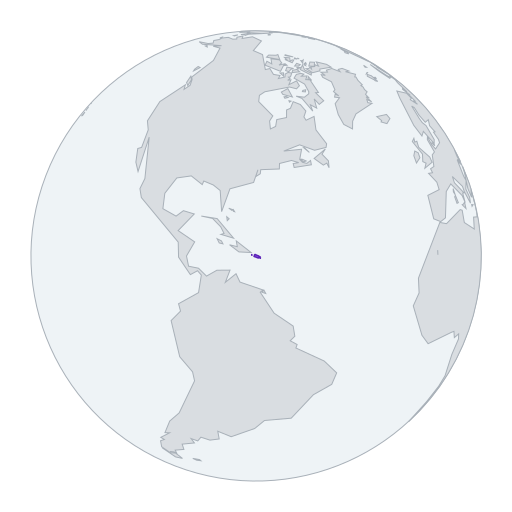 globe centered on Puerto Rico, rotated 21°
{"feature_id": "PRI", "entity_name": "Puerto Rico", "entity_type": "country or territory", "adm_level": 0, "iso_a3": "PRI", "parent_name": "North America", "parent_adm1": "", "projection": "orthographic", "projection_center": [-66.749, 18.235], "detail": "fine", "context": "on_globe", "style": "filled", "palette": "violet", "viewbox_px": 512, "rotation_deg": 21, "n_neighbors": 0, "source": "natural_earth", "source_scale": "50m", "svg_char_len": 9763}
<svg xmlns="http://www.w3.org/2000/svg" viewBox="0 0 512 512"><g transform="rotate(21 256 256)"><circle cx="256" cy="256" r="225" fill="#eef3f6" stroke="#a8b0b8"/><path d="M211.8,293.4L206.7,290.7L201.4,296.9L184.1,284.8L178.4,270.9L128.0,242.5L123.5,234.7L124.5,223.5L113.7,183.3L115.6,219.4L110.2,211.4L107.1,198.0L110.3,195.6L110.2,176.9L106.2,168.7L110.9,146.3L128.7,121.5L129.1,126.2L133.3,120.3L133.1,114.3L131.9,111.9L146.2,88.7L147.9,74.8L140.9,75.5L148.4,72.0L130.1,77.5L126.2,76.3L135.2,74.8L139.7,72.6L139.4,69.9L143.9,67.2L146.3,64.6L151.8,61.8L156.7,61.9L160.3,60.3L159.8,58.6L165.0,55.3L165.1,57.9L174.2,52.6L184.0,53.3L179.9,65.2L189.9,65.6L197.9,78.6L201.8,76.0L207.2,80.2L213.7,78.9L213.3,82.3L218.9,78.5L218.0,75.7L220.1,73.2L223.8,72.4L224.0,76.4L222.2,77.4L224.2,78.2L222.6,80.6L225.5,79.0L225.3,84.3L231.1,78.0L235.5,81.5L233.9,85.4L226.8,86.2L205.4,99.5L201.6,104.8L203.2,110.9L221.5,119.2L220.3,125.1L223.9,132.2L227.9,128.0L226.5,121.2L234.9,115.8L232.2,108.7L235.2,105.8L235.4,98.6L243.1,98.7L250.6,102.8L250.9,109.0L254.1,111.3L260.2,104.9L266.8,116.8L281.7,125.9L282.5,129.5L272.8,136.3L256.9,136.6L244.3,148.1L260.3,140.0L262.2,150.2L265.8,151.9L270.3,151.3L272.7,147.3L275.0,151.0L259.9,159.7L257.6,156.4L262.4,153.5L254.9,154.1L244.8,161.2L246.6,166.4L229.5,173.7L230.5,177.7L227.3,182.0L226.9,174.8L227.4,188.2L207.6,202.6L208.0,226.9L199.1,207.7L190.7,205.0L180.4,204.7L180.2,208.6L166.9,204.4L154.1,211.5L148.4,230.1L152.1,245.2L167.1,247.4L172.0,239.7L183.3,238.9L174.2,260.2L193.7,264.8L191.1,280.9L196.7,289.7L206.7,288.0L217.0,292.5L224.6,283.3L236.8,278.5L236.8,291.6L243.7,279.7L250.4,286.1L274.8,285.2L272.9,288.3L293.4,302.9L315.8,308.1L321.0,317.0L318.3,322.9L326.1,323.9L326.2,327.6L357.3,329.6L373.2,336.2L372.7,348.7L359.3,364.9L347.0,394.8L322.9,406.5L316.6,417.5L297.6,433.6L283.1,433.3L287.2,440.0L279.0,444.4L269.5,444.9L267.9,449.5L260.8,449.7L265.5,452.6L254.5,458.1L258.0,462.4L250.1,466.2L252.6,468.5L249.5,468.3L246.3,469.1L246.1,470.2L236.3,467.9L233.1,462.7L236.2,460.1L232.1,459.4L238.7,452.0L234.3,453.5L234.6,441.0L240.5,430.0L243.4,394.6L238.3,386.9L220.9,377.4L199.9,346.7L205.3,334.5L200.8,328.3L215.5,310.8L211.8,293.4ZM42.9,187.9L44.7,182.9L43.8,186.8L42.9,187.9ZM45.7,179.4L45.1,181.2L45.6,179.6L45.7,179.4ZM46.0,178.0L45.8,179.0L45.8,178.3L46.0,178.0ZM46.2,176.7L46.2,177.2L46.1,177.3L46.2,176.7ZM206.3,235.0L228.7,247.4L215.5,248.4L218.1,246.4L212.6,241.4L202.0,236.5L190.6,238.3L206.3,235.0ZM47.2,173.2L47.5,172.1L47.2,173.2ZM217.3,222.1L213.4,221.1L217.3,221.1L217.3,222.1ZM130.7,111.5L132.6,114.6L131.2,121.3L129.0,118.9L130.7,111.5ZM134.1,99.8L136.3,100.1L131.4,105.6L131.7,103.7L134.1,99.8ZM134.9,77.0L135.6,78.4L133.4,78.1L134.9,77.0ZM145.7,64.7L144.1,65.3L146.0,63.8L145.7,64.7ZM231.1,99.2L233.2,98.9L232.1,100.4L231.1,99.2ZM229.2,96.5L226.4,98.4L225.1,97.4L226.9,96.3L229.2,96.5ZM156.2,58.3L159.9,56.0L157.0,58.3L156.2,58.3ZM233.0,94.5L223.1,95.5L220.9,93.9L225.7,88.3L233.0,94.5ZM162.5,54.7L171.4,49.7L168.5,50.3L181.7,46.3L169.8,51.5L166.7,54.0L165.9,53.4L162.5,54.7ZM216.1,75.2L217.2,78.1L212.8,76.5L216.1,75.2ZM212.7,74.8L196.1,74.6L196.4,70.3L201.9,71.0L199.3,66.5L207.6,64.5L210.8,66.5L209.1,69.5L213.6,66.5L212.7,74.8ZM187.6,45.2L190.5,44.3L188.4,45.3L187.6,45.2ZM220.6,72.1L217.2,72.3L217.2,68.5L223.9,67.5L221.8,69.0L220.6,72.1ZM194.6,66.6L195.8,63.9L202.8,61.4L204.2,60.1L207.8,64.1L194.6,66.6ZM223.7,69.5L227.3,67.2L230.8,68.4L223.9,71.8L223.7,69.5ZM214.3,68.0L214.6,66.2L216.6,66.8L214.3,68.0ZM245.0,72.1L241.0,71.9L240.6,69.8L245.0,72.1ZM228.4,66.3L227.2,66.0L226.6,65.3L229.7,64.1L228.4,66.3ZM212.5,62.2L215.2,61.9L211.4,60.4L216.5,58.9L218.0,61.9L219.4,60.0L221.0,59.5L220.5,62.6L212.5,62.2ZM231.0,60.9L234.6,64.9L242.2,65.5L242.7,67.3L230.5,66.1L231.0,60.9ZM224.9,61.6L228.8,61.5L227.5,63.5L224.0,64.8L224.9,61.6ZM219.4,56.8L211.2,58.4L211.1,57.7L219.4,56.8ZM233.4,60.6L232.5,59.7L234.1,60.5L233.4,60.6ZM224.0,57.4L221.1,58.0L221.1,57.2L224.0,57.4ZM233.0,57.6L234.2,58.8L231.9,59.6L233.0,57.6ZM229.1,57.2L229.8,56.0L230.4,59.2L227.8,57.5L229.1,57.2ZM224.5,56.6L223.6,56.3L225.7,56.5L224.5,56.6ZM241.2,54.2L242.4,58.1L237.2,59.7L236.8,55.6L241.2,54.2ZM252.9,472.4L237.3,468.7L246.0,470.5L251.5,468.8L259.9,471.3L252.9,472.4ZM269.5,467.6L276.2,466.3L277.9,466.9L273.7,467.9L269.5,467.6ZM413.2,94.6L410.3,92.5L403.1,85.8L408.5,91.5L410.9,93.1L414.3,97.1L412.3,95.9L409.9,93.3L409.5,94.3L421.4,107.2L425.1,110.3L427.9,118.3L434.3,124.5L437.3,129.8L427.6,121.4L423.8,117.0L410.8,111.4L415.0,116.5L427.6,122.5L426.4,123.2L432.2,131.2L426.8,125.7L412.0,118.9L410.5,127.6L419.2,152.5L416.1,157.7L408.6,157.6L394.7,137.8L403.2,128.4L398.4,122.3L387.5,117.0L391.0,115.0L387.7,112.0L390.0,108.7L384.3,98.4L385.3,94.9L374.3,86.0L373.3,83.3L380.1,89.1L385.3,91.7L386.8,84.5L384.5,81.7L377.3,76.8L378.6,75.9L371.4,72.2L368.0,67.0L366.1,70.5L357.6,66.0L350.7,60.8L347.6,60.2L358.7,68.8L363.4,71.9L368.0,73.3L380.6,83.4L382.0,87.1L367.6,79.7L367.9,84.5L356.5,77.5L333.5,56.9L328.4,51.5L338.2,50.1L344.5,53.0L344.0,54.8L352.4,56.5L347.9,54.7L349.0,54.3L341.1,50.7L341.5,50.3L333.2,47.9L332.8,47.1L338.1,48.6L326.0,43.5L322.9,41.6L319.9,40.8L317.7,40.4L315.2,38.8L313.1,38.3L313.2,38.6L309.2,37.9L301.1,36.4L300.6,35.9L303.5,36.3L308.8,37.1L316.5,39.0L316.1,38.9L331.5,43.7L346.5,49.7L361.1,56.7L375.1,64.8L388.5,73.8L401.2,83.8L413.2,94.6ZM313.0,38.1L308.7,37.0L302.2,36.0L297.5,35.3L299.7,35.3L298.5,35.2L296.0,34.8L293.1,34.0L290.3,34.0L263.4,32.1L255.2,31.3L260.1,31.0L240.9,31.4L233.4,31.9L249.4,30.8L265.5,30.9L281.5,32.2L297.4,34.5L313.0,38.1ZM233.1,31.9L224.0,33.1L226.3,32.9L225.6,33.1L203.1,37.7L197.5,39.0L187.9,42.5L191.5,41.8L181.7,46.3L168.5,50.3L169.1,49.5L160.4,53.2L163.0,51.2L161.1,51.7L163.1,50.8L174.9,45.8L175.0,45.8L193.9,39.4L213.3,34.8L233.1,31.9ZM451.2,143.5L448.9,139.8L451.4,143.9L458.8,157.9L465.2,172.3L470.5,187.2L474.8,202.4L478.0,217.8L480.2,233.5L481.2,249.2L481.1,265.0L479.9,280.7L477.6,296.3L474.3,311.8L469.8,326.9L464.3,341.7L457.8,356.1L467.4,331.0L473.2,312.1L475.4,300.0L474.1,277.7L474.8,260.9L473.1,256.1L470.4,261.1L467.8,255.4L465.7,257.3L448.1,276.2L439.3,270.5L420.7,246.2L421.5,232.0L415.6,218.5L415.6,158.8L422.3,157.5L430.0,139.5L432.1,139.4L438.5,150.1L450.1,152.6L445.2,141.7L448.4,140.2L445.9,134.9L432.2,115.6L436.2,123.9L429.7,117.2L420.7,103.4L416.9,98.4L429.6,112.4L441.0,127.5L451.2,143.5ZM423.5,185.4L425.4,189.7L423.5,185.4ZM275.6,285.0L278.5,287.5L274.6,287.7L275.6,285.0ZM213.5,253.8L218.3,254.3L220.8,256.5L217.0,257.0L213.5,253.8ZM254.7,254.9L260.3,256.0L254.4,257.1L254.7,254.9ZM232.2,249.0L250.2,254.5L238.6,258.3L227.3,255.0L235.2,254.0L232.2,249.0ZM214.6,229.8L217.6,230.9L216.5,233.3L214.6,229.8ZM220.2,222.3L219.0,222.4L217.6,220.4L220.2,222.3ZM263.1,149.6L264.3,149.1L268.8,149.3L266.6,151.1L263.1,149.6ZM289.5,141.2L292.6,147.4L288.8,143.9L286.3,147.0L275.3,144.1L282.4,131.2L281.1,137.3L289.5,141.2ZM262.5,137.5L268.7,140.2L261.6,137.8L262.5,137.5ZM366.6,101.1L370.4,101.5L373.8,105.5L372.5,111.7L367.4,105.8L366.6,101.1ZM374.9,101.2L360.9,93.1L361.2,89.5L363.4,92.8L365.0,91.2L368.9,96.2L382.8,101.4L386.8,105.4L382.2,113.6L381.5,108.4L377.9,108.1L374.9,101.2ZM324.8,84.6L318.8,82.6L327.1,77.1L331.8,79.7L330.8,85.5L324.7,86.0L324.8,84.6ZM243.3,85.1L240.4,85.9L240.4,84.6L242.8,83.0L243.3,85.1ZM243.2,72.2L255.7,81.0L253.1,82.2L263.6,86.8L260.7,91.8L254.0,88.5L259.7,96.2L252.5,95.3L257.1,100.4L242.4,92.4L236.2,92.4L244.3,90.4L247.1,85.7L246.4,83.7L239.8,78.1L227.8,76.3L228.6,72.0L232.4,69.4L235.5,69.1L234.0,71.9L239.1,69.6L239.2,73.5L243.2,72.2ZM276.5,50.0L273.5,51.9L283.8,50.7L284.0,53.4L285.2,53.1L288.2,55.5L293.9,58.1L292.9,59.3L295.5,59.9L297.6,61.7L300.9,62.9L300.3,65.8L304.3,67.7L301.7,68.0L308.7,70.6L303.3,70.1L305.4,72.8L309.6,71.9L298.4,87.5L297.9,95.5L300.6,102.8L290.8,101.7L282.1,94.5L275.3,85.4L277.2,78.3L272.4,79.5L271.9,76.5L275.8,76.8L269.4,74.7L270.1,72.5L264.0,66.3L254.3,65.3L251.9,63.3L256.0,62.6L250.7,61.2L256.8,58.7L255.1,57.3L259.5,53.8L268.4,53.8L265.9,52.3L269.1,50.0L276.5,50.0ZM242.7,53.2L253.2,51.8L258.5,52.8L248.6,58.6L249.3,60.2L243.2,64.6L235.6,63.2L238.1,62.0L238.7,60.5L240.8,61.5L239.6,59.7L242.9,58.1L242.8,56.3L246.3,56.3L242.7,53.2ZM430.1,134.2L431.0,133.3L431.4,131.0L435.0,136.4L430.1,134.2ZM420.3,129.6L420.4,127.9L425.8,133.7L424.8,134.8L420.3,129.6ZM415.9,122.4L420.0,127.4L417.3,125.4L415.9,122.4ZM379.8,87.6L379.4,85.8L381.1,86.7L383.4,89.0L379.8,87.6ZM307.1,49.4L304.5,49.7L303.3,49.2L295.5,48.3L294.7,46.6L299.1,46.4L307.1,49.4ZM435.4,120.0L438.8,124.8L438.0,123.9L437.0,122.4L435.4,120.0ZM438.9,130.7L440.3,130.3L439.9,132.2L438.9,130.7ZM305.0,47.4L301.8,47.1L303.4,46.4L305.0,47.4ZM293.7,45.3L294.8,44.4L293.7,46.3L293.7,45.3ZM294.0,36.3L305.8,39.0L313.8,40.7L317.5,40.9L317.3,42.2L305.0,39.5L294.0,36.3ZM267.3,32.4L264.1,32.9L262.0,32.5L262.5,32.3L267.3,32.4ZM267.7,32.9L270.2,34.1L266.2,34.3L265.0,33.2L267.7,32.9ZM288.1,39.4L291.6,40.2L290.2,40.7L288.1,39.4ZM189.6,44.1L190.4,44.2L188.0,44.8L189.6,44.1ZM227.1,32.9L225.8,33.3L223.1,33.6L227.1,32.9ZM220.8,34.6L224.7,34.0L220.7,34.8L220.8,34.6ZM233.5,32.8L226.4,33.9L232.9,32.7L233.5,32.8Z" fill="#d9dde1" stroke="#a8b0b8" stroke-width="1"/><path d="M258.3,255.2L258.5,255.2L258.4,255.1L258.5,255.1L259.2,255.2L259.7,255.3L260.2,255.4L260.2,256.0L259.9,256.2L259.6,256.4L259.4,256.7L258.9,257.0L258.3,257.1L257.9,257.1L257.7,257.1L257.3,257.1L256.9,257.0L256.6,257.0L255.9,257.0L255.7,257.1L255.4,257.1L255.2,257.1L254.5,257.1L254.3,256.9L254.4,256.3L254.4,256.0L254.3,255.8L254.2,255.7L254.3,255.4L254.4,255.2L254.5,255.0L254.6,254.9L254.8,254.9L255.8,255.0L258.1,255.0L258.3,255.2ZM260.9,256.5L260.7,256.5L260.4,256.4L260.8,256.3L261.2,256.3L261.4,256.3L260.9,256.5ZM251.8,256.7L251.7,256.7L251.6,256.4L251.8,256.4L251.9,256.5L251.8,256.7Z" fill="#8b5cf6" stroke="#5b21b6" stroke-width="1.5"/></g></svg>